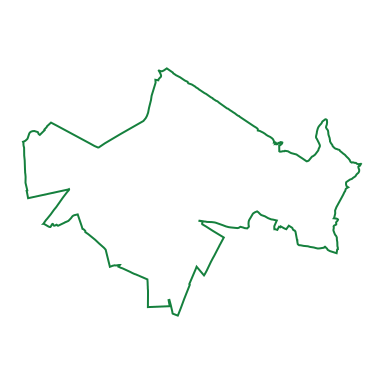 outline of Rogova, Mehedinti, Romania
{"feature_id": "2599482B76959317413868", "entity_name": "Rogova", "entity_type": "district", "adm_level": 2, "iso_a3": "ROU", "parent_name": "Romania", "parent_adm1": "Mehedinti", "projection": "robinson", "projection_center": [22.834, 44.475], "detail": "fine", "context": "isolated", "style": "outline", "palette": "green", "viewbox_px": 384, "rotation_deg": 0, "n_neighbors": 0, "source": "geoboundaries", "source_scale": "gbopen_adm2", "svg_char_len": 5968}
<svg xmlns="http://www.w3.org/2000/svg" viewBox="0 0 384 384"><path d="M360.3,165.2L360.5,164.5L361.0,163.9L360.9,163.8L360.1,164.0L358.4,164.2L356.8,163.7L356.3,163.2L355.9,162.9L354.9,162.9L352.9,162.3L351.8,162.6L351.4,162.4L350.6,161.9L349.8,160.4L349.7,160.0L348.4,158.4L346.6,156.7L344.9,154.8L343.1,153.5L341.5,152.1L340.3,151.2L340.0,150.9L339.5,150.0L339.1,149.8L337.8,149.5L336.8,149.0L335.9,148.8L335.2,148.5L334.5,148.0L332.9,146.4L332.6,146.0L332.3,145.0L330.9,143.1L330.0,141.3L330.0,140.1L329.7,139.0L329.7,138.3L328.5,134.8L328.3,133.4L328.3,132.6L328.0,130.7L327.4,129.6L326.6,128.7L326.0,127.4L326.2,126.2L326.8,124.6L327.1,122.2L326.9,120.3L326.8,119.9L326.1,119.4L325.3,119.3L322.4,121.5L321.4,123.5L319.9,125.1L318.7,126.6L317.9,128.2L317.4,129.9L316.9,131.8L316.8,133.0L316.1,136.0L316.0,137.1L316.2,137.9L316.8,138.8L319.1,143.4L319.8,145.1L319.9,146.0L319.7,146.8L318.7,148.8L318.3,150.3L317.9,150.9L315.1,154.6L313.3,156.0L311.9,156.7L308.8,160.5L307.7,161.1L306.6,161.3L301.9,158.1L299.4,156.5L296.5,154.5L291.2,153.1L289.8,152.4L288.0,151.3L284.9,150.8L284.5,151.2L282.8,151.2L281.8,151.5L280.0,151.7L279.3,151.3L279.2,145.6L280.3,145.2L282.1,143.5L282.3,142.5L281.7,142.2L281.2,142.4L280.4,142.1L280.0,142.4L279.6,143.2L279.1,142.9L278.3,142.9L277.6,144.1L276.3,144.3L276.1,143.7L275.3,143.9L275.9,142.9L275.5,142.4L273.9,142.6L274.0,142.2L273.9,141.1L273.1,139.4L272.2,138.4L270.3,137.0L267.8,135.8L266.2,134.8L265.3,134.0L264.9,133.7L264.6,133.6L263.5,132.8L259.7,130.9L257.8,130.5L257.8,129.1L257.1,128.3L256.0,127.5L253.7,126.1L239.5,116.6L239.2,116.1L238.4,115.9L237.1,115.1L234.7,113.2L233.2,112.3L231.5,111.1L230.3,110.4L228.0,108.7L227.0,108.4L219.2,102.8L217.7,101.5L216.8,101.0L216.1,100.8L213.5,99.1L213.1,98.9L212.7,98.3L212.3,98.0L211.8,97.8L210.6,97.1L206.1,93.9L204.5,93.1L198.8,89.3L198.1,88.6L195.9,87.3L195.2,86.6L191.8,84.5L188.3,83.3L187.9,82.6L187.6,81.8L184.8,80.5L180.1,77.3L175.8,75.1L174.5,74.1L173.8,73.7L173.2,73.3L172.9,72.6L166.8,68.4L163.9,70.4L162.5,71.1L161.8,71.3L160.6,71.1L159.6,70.8L159.0,70.5L158.8,70.7L159.9,72.5L160.7,74.3L161.0,75.2L161.1,75.8L161.0,76.4L160.8,76.9L160.0,77.6L158.5,79.4L158.3,80.3L155.4,79.8L155.6,82.7L151.6,95.8L151.0,100.0L149.0,108.0L148.1,112.7L146.9,116.0L145.7,118.2L143.4,121.0L120.6,134.0L104.9,143.3L98.8,147.4L98.0,147.5L94.5,146.0L89.8,143.4L57.1,125.8L51.0,122.6L47.0,126.3L46.7,127.1L44.4,129.5L44.7,130.1L39.8,134.9L38.7,134.1L37.8,132.1L34.3,131.0L32.4,131.2L31.0,131.7L30.3,132.2L29.7,132.8L29.2,133.7L27.7,138.2L27.3,139.0L25.3,140.8L23.9,141.5L23.0,141.8L23.5,143.1L23.4,144.1L23.6,145.9L24.1,147.7L24.1,148.1L24.2,155.5L24.7,160.4L25.0,169.8L25.1,170.9L25.1,172.3L25.4,174.5L25.6,176.9L25.5,182.8L27.3,190.5L26.6,190.8L26.9,191.9L28.1,198.2L67.3,189.7L68.5,189.4L69.0,189.1L69.1,189.3L68.8,190.2L67.1,192.1L62.9,197.6L56.3,207.0L54.0,209.8L50.7,214.4L46.8,219.2L46.2,219.8L44.6,222.0L43.6,223.6L43.4,223.8L43.6,223.8L44.5,224.2L48.6,226.6L49.8,227.0L50.4,227.0L50.8,226.5L52.0,224.3L52.3,224.1L52.6,223.9L52.9,224.0L53.7,225.5L54.1,225.7L54.8,225.6L56.6,224.7L56.8,224.8L57.5,225.6L58.2,225.7L64.7,222.6L64.9,222.4L65.4,222.1L65.7,222.1L68.4,220.9L71.0,218.2L72.3,216.4L73.2,215.7L74.3,215.2L77.7,214.4L81.6,225.9L82.5,228.9L83.3,229.1L84.3,229.9L85.3,231.0L85.3,232.1L88.3,234.2L95.2,239.8L99.0,243.4L104.0,247.8L105.5,249.5L105.7,249.8L107.1,255.5L109.9,266.8L113.1,265.6L113.7,265.6L114.5,265.3L115.8,265.5L116.6,265.4L119.0,265.0L119.8,265.0L118.5,266.7L120.8,267.8L122.4,268.3L130.2,271.9L132.3,273.0L134.5,274.0L135.8,274.4L147.4,279.4L147.6,282.1L147.7,285.3L147.8,286.8L147.8,288.3L148.0,290.7L148.0,295.3L147.9,307.1L169.9,306.2L169.7,305.2L169.4,304.5L168.6,300.1L169.4,299.9L170.9,305.6L172.3,311.7L172.6,313.5L173.2,313.9L173.9,314.1L177.8,315.6L178.0,315.2L180.9,307.9L184.1,299.2L189.8,284.8L189.3,284.1L195.9,268.6L196.6,266.7L204.0,275.4L204.8,274.2L206.7,270.7L210.9,261.9L212.9,258.1L214.2,255.8L217.4,249.6L219.3,246.0L219.5,245.4L219.9,244.8L223.8,237.5L222.5,236.7L212.9,230.9L205.9,226.4L202.3,224.3L202.2,224.1L202.1,223.8L202.6,221.7L201.6,221.3L199.0,220.8L198.6,220.6L202.8,221.2L204.3,221.5L205.6,221.6L206.9,221.9L211.9,222.1L214.4,222.4L215.7,222.7L222.8,225.2L225.9,226.4L228.5,227.1L230.5,227.4L237.5,228.1L238.8,227.8L240.2,226.9L240.4,226.8L243.4,227.6L244.6,228.1L247.2,228.4L247.7,227.8L248.4,227.3L248.8,226.7L248.9,226.2L248.6,225.3L248.5,223.6L248.7,221.5L249.0,220.4L249.6,219.3L250.7,217.5L252.6,214.2L253.2,213.4L254.9,212.3L257.1,211.4L258.4,212.3L259.7,213.7L261.2,215.0L264.9,216.3L268.0,218.1L271.0,219.3L272.0,219.5L272.6,219.5L276.8,220.5L274.9,224.8L274.3,226.2L274.3,228.6L274.4,229.2L274.9,229.1L277.3,229.9L279.1,226.7L280.3,227.2L280.7,226.4L284.5,228.5L286.3,229.2L288.8,225.7L291.9,227.6L292.4,228.1L293.0,229.6L293.7,230.2L294.5,230.4L294.7,230.8L295.2,231.1L295.5,231.8L297.0,239.9L297.2,239.7L297.3,239.8L297.4,242.3L297.8,244.2L298.0,244.4L299.1,245.2L300.7,245.3L303.7,245.9L308.0,246.3L310.0,246.9L313.9,247.5L316.0,248.1L317.8,248.5L319.7,248.4L323.9,247.7L324.4,247.4L324.5,247.0L324.6,246.9L325.0,246.7L325.3,246.9L325.7,247.4L327.1,248.7L327.6,249.7L328.1,250.1L330.0,251.1L336.6,253.2L337.2,249.5L337.9,249.2L337.8,247.5L337.4,246.2L337.3,242.1L336.9,239.8L336.8,237.4L336.1,235.9L335.3,235.0L334.7,233.9L333.5,230.7L333.4,230.0L333.8,227.9L333.6,226.4L334.0,225.7L336.2,224.5L336.3,224.1L336.1,222.9L336.1,222.4L336.6,221.6L337.1,221.2L337.7,220.4L338.0,219.5L337.4,219.0L336.5,218.6L333.8,218.3L334.2,217.7L335.2,213.6L335.2,212.8L335.1,210.5L336.4,207.2L341.2,198.4L343.3,194.5L344.3,192.3L345.1,191.2L345.7,189.1L346.0,188.7L346.8,188.1L348.2,187.3L347.4,186.8L346.5,186.0L346.3,185.5L346.0,184.0L346.1,182.5L346.3,182.1L349.9,179.6L351.9,178.9L353.0,177.9L355.1,176.5L355.6,176.0L356.5,174.5L357.5,173.5L358.2,173.0L358.7,172.3L359.1,171.4L359.2,170.5L359.2,169.8L358.5,167.9L358.3,166.8L358.6,166.3L359.1,166.0L359.7,165.9L360.3,165.2Z" fill="none" stroke="#15803d" stroke-width="2"/></svg>